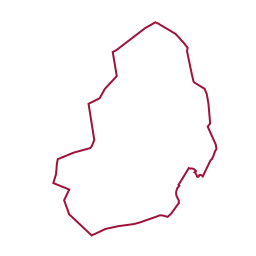 the district of Tai, Rivers, Nigeria, rotated 259°
{"feature_id": "59680162B30773772502776", "entity_name": "Tai", "entity_type": "district", "adm_level": 2, "iso_a3": "NGA", "parent_name": "Nigeria", "parent_adm1": "Rivers", "projection": "albers", "projection_center": [7.245, 4.762], "detail": "fine", "context": "isolated", "style": "outline", "palette": "rose", "viewbox_px": 256, "rotation_deg": 259, "n_neighbors": 0, "source": "geoboundaries", "source_scale": "gbopen_adm2", "svg_char_len": 1140}
<svg xmlns="http://www.w3.org/2000/svg" viewBox="0 0 256 256"><g transform="rotate(259 128 128)"><path d="M90.4,210.8L95.0,211.0L114.2,206.5L116.8,209.5L136.4,211.6L146.0,211.8L151.8,210.7L159.9,201.9L160.8,201.3L161.3,201.2L168.9,200.9L190.2,200.6L192.1,200.6L195.4,201.8L200.1,199.4L209.5,193.8L211.3,192.6L224.9,177.4L225.1,177.1L226.5,175.0L222.8,163.9L206.6,131.3L205.5,127.5L201.4,127.4L181.6,126.9L181.1,126.8L170.7,112.6L162.6,105.8L159.3,93.9L122.7,92.6L118.0,89.6L117.6,89.4L115.6,87.4L115.3,84.9L114.2,70.0L110.8,53.1L106.6,51.4L96.5,48.6L88.2,44.2L88.1,44.3L78.8,58.6L69.3,51.5L54.5,53.8L29.5,71.8L33.2,86.6L33.5,99.5L32.6,115.2L33.0,121.3L34.9,134.6L35.6,139.2L36.2,142.7L35.5,145.3L33.2,150.0L35.7,154.0L39.4,158.0L42.1,160.8L44.5,163.6L47.2,164.0L52.2,162.6L55.5,162.9L57.6,163.8L59.3,164.7L61.5,167.4L62.6,166.7L66.7,170.6L77.1,180.1L76.2,181.4L76.2,182.6L75.4,184.5L73.8,185.9L72.8,186.5L71.9,184.9L71.4,185.6L70.0,185.9L69.3,186.2L67.2,186.6L66.7,187.2L66.8,188.1L68.0,188.8L68.2,190.1L67.5,191.3L66.2,192.2L80.4,202.7L81.6,204.5L83.8,206.2L89.0,209.3L90.4,210.8Z" fill="none" stroke="#9f1239" stroke-width="2"/></g></svg>